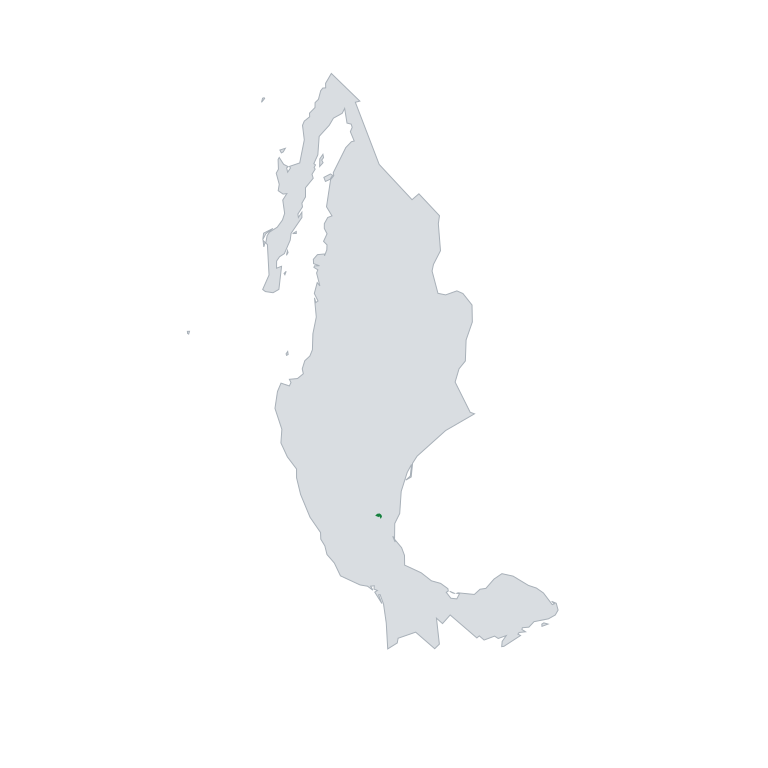 Calcahualco, Veracruz, Mexico shown in context, rotated 43°
{"feature_id": "50627088B11703653351845", "entity_name": "Calcahualco", "entity_type": "district", "adm_level": 2, "iso_a3": "MEX", "parent_name": "Mexico", "parent_adm1": "Veracruz", "projection": "orthographic", "projection_center": [-97.165, 19.101], "detail": "fine", "context": "in_parent", "style": "filled", "palette": "green", "viewbox_px": 768, "rotation_deg": 43, "n_neighbors": 0, "source": "geoboundaries", "source_scale": "gbopen_adm2", "svg_char_len": 4649}
<svg xmlns="http://www.w3.org/2000/svg" viewBox="0 0 768 768"><g transform="rotate(43 384 384)"><path d="M133.7,192.8L173.4,193.6L170.9,197.5L230.7,226.7L278.8,230.1L279.8,221.1L309.8,223.1L314.4,229.7L334.4,248.0L338.6,262.8L342.1,268.6L361.6,280.9L368.3,276.8L373.8,266.2L380.0,264.0L394.5,266.2L406.3,278.4L414.0,295.8L427.8,311.7L428.5,321.7L434.7,334.1L466.3,345.9L470.5,344.1L460.8,376.0L457.4,414.2L458.9,422.4L467.3,433.5L465.5,439.4L466.0,433.4L459.0,424.0L461.2,432.7L469.8,450.8L483.8,468.0L487.0,478.7L496.9,489.6L494.2,489.4L499.9,492.0L498.1,490.4L508.5,491.7L515.9,495.4L522.6,502.4L540.0,496.7L552.9,495.6L561.4,491.2L570.3,490.1L572.2,491.6L571.6,493.9L579.0,495.1L583.8,491.5L582.3,485.9L580.0,487.4L580.6,486.2L593.6,476.3L594.2,468.6L597.9,464.0L597.5,451.6L599.6,442.3L609.4,436.5L627.0,432.8L634.6,429.3L643.1,428.1L657.5,430.6L658.5,428.5L654.8,428.6L659.5,426.9L665.5,430.6L666.8,436.1L664.4,443.6L655.8,455.5L655.8,463.0L651.4,467.9L652.3,469.5L656.5,468.7L652.3,473.6L652.5,475.6L655.4,474.8L650.6,494.1L649.2,495.8L646.0,491.7L645.0,484.6L641.1,492.2L636.8,493.0L631.8,503.0L625.5,503.2L625.1,506.4L589.9,507.8L590.2,519.3L582.1,519.5L601.9,536.5L601.6,543.0L576.4,543.9L567.7,560.3L570.3,564.4L567.4,575.2L548.7,557.3L533.8,545.3L524.8,540.7L523.8,541.9L532.2,546.0L519.2,542.5L520.0,539.5L516.6,540.8L514.5,538.2L512.1,541.0L516.5,542.4L509.9,543.1L503.5,547.3L483.0,554.0L469.8,548.8L458.6,547.6L451.1,542.7L443.6,540.6L438.9,535.9L420.8,531.9L398.4,521.7L384.0,512.2L378.0,505.8L363.0,503.2L348.8,497.4L340.2,486.8L320.9,476.2L311.2,462.1L308.1,453.6L316.1,450.0L315.0,446.4L311.6,445.1L317.0,439.0L318.0,431.5L313.9,428.7L310.2,421.0L310.7,414.1L308.3,407.8L297.7,395.7L288.8,381.2L274.4,368.4L278.6,370.9L279.1,368.3L271.3,365.3L266.0,355.4L270.2,356.0L259.0,348.8L257.7,345.6L253.2,346.5L252.6,345.0L256.2,341.5L250.4,344.0L247.3,341.0L247.1,334.8L251.7,329.6L253.1,330.8L250.7,324.9L247.4,321.1L242.5,320.9L239.9,313.0L234.2,310.9L231.0,307.4L229.3,300.6L231.3,296.5L221.1,293.6L205.6,271.0L205.2,265.9L202.8,264.1L194.8,237.1L194.9,229.1L196.5,226.6L187.3,222.4L185.7,218.0L182.8,216.3L179.0,218.4L167.3,209.3L168.8,214.5L165.7,224.1L167.5,232.1L167.7,247.1L179.3,261.5L182.4,270.7L184.5,270.5L185.2,273.3L187.1,273.8L188.3,279.7L191.9,281.8L192.7,294.0L199.0,300.7L200.6,307.7L203.6,310.1L205.1,318.4L207.8,320.6L206.8,314.4L210.4,318.2L213.3,337.2L217.3,342.8L222.2,356.6L220.8,362.2L221.6,367.3L226.4,372.6L228.8,367.8L242.6,386.5L240.6,392.9L234.2,397.3L230.8,397.6L225.6,382.7L203.6,361.5L201.4,361.6L197.3,355.1L196.7,351.0L199.0,342.1L197.9,333.3L195.0,327.0L184.5,318.5L183.1,311.0L180.7,313.9L174.8,314.8L171.2,309.4L161.4,303.3L160.3,298.9L153.4,292.0L152.9,289.8L160.8,291.8L165.7,290.4L165.4,292.4L169.1,294.8L168.3,289.8L166.5,289.3L171.6,279.8L159.2,259.8L148.0,250.4L146.4,246.1L147.4,239.3L144.8,236.7L145.0,228.9L141.7,225.2L141.9,220.5L137.7,212.7L137.4,209.3L139.4,207.2L136.2,203.9L133.7,192.8ZM204.9,271.2L203.0,275.8L199.1,273.9L201.6,266.9L204.1,266.4L204.9,271.2ZM188.6,268.8L183.5,263.1L182.7,257.7L185.4,259.7L185.7,262.7L188.5,263.7L188.6,268.8ZM664.8,453.5L663.2,452.0L663.8,449.7L667.7,447.7L664.8,453.5ZM196.9,361.1L193.1,355.8L196.7,346.0L195.1,354.9L196.9,361.1ZM151.3,285.0L148.3,283.9L151.1,278.9L152.0,283.0L151.3,285.0ZM102.3,261.5L100.3,257.8L101.1,256.4L102.0,256.6L102.3,261.5ZM200.5,361.6L202.6,365.7L197.6,361.4L200.5,361.6ZM293.8,427.8L293.2,429.5L291.8,428.7L291.4,425.9L293.8,427.8ZM224.2,353.3L224.9,356.4L222.4,352.3L224.2,353.3ZM215.8,332.3L217.2,333.7L214.6,336.3L215.8,332.3ZM207.1,480.7L205.9,481.0L204.3,479.6L205.8,478.1L207.1,480.7ZM576.5,490.0L573.4,490.8L578.7,488.9L576.5,490.0ZM237.0,371.7L235.5,371.3L235.6,368.3L237.0,371.7Z" fill="#d9dde1" stroke="#a8b0b8" stroke-width="1"/><path d="M468.2,485.2L468.4,485.1L468.5,485.0L468.6,484.9L468.8,484.9L469.0,484.9L469.3,484.8L469.4,484.7L469.5,484.7L469.8,484.5L470.0,484.5L470.0,484.4L469.9,484.4L469.7,484.3L469.6,484.2L469.5,483.9L470.5,483.2L471.0,483.1L471.3,483.1L471.5,483.2L471.6,483.3L471.8,483.4L472.0,483.4L472.0,483.5L472.3,483.6L472.2,483.4L472.3,483.3L472.3,483.2L472.2,483.2L472.3,483.1L472.2,483.0L472.2,482.9L472.1,482.7L471.9,482.6L471.6,482.5L471.5,482.4L471.4,482.4L471.2,482.3L470.9,482.4L470.7,482.5L470.6,482.4L470.4,482.4L470.4,482.5L470.3,482.4L470.2,482.4L469.9,482.4L469.8,482.5L469.7,482.5L469.7,482.4L469.4,482.5L469.5,482.7L469.5,482.8L469.4,482.9L469.3,483.0L469.2,483.0L469.1,483.3L468.9,483.3L468.8,483.5L468.7,483.6L468.4,483.7L468.4,483.8L468.3,484.0L468.2,484.2L468.2,484.3L468.2,484.5L468.2,485.2L468.2,485.2Z" fill="#22c55e" stroke="#15803d" stroke-width="1.5"/></g></svg>